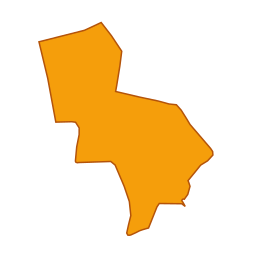 the district of Gala'a Al Nahal, Gedarif, Sudan, rotated 176°
{"feature_id": "16777658B80324044236150", "entity_name": "Gala'a Al Nahal", "entity_type": "district", "adm_level": 2, "iso_a3": "SDN", "parent_name": "Sudan", "parent_adm1": "Gedarif", "projection": "robinson", "projection_center": [35.033, 13.356], "detail": "fine", "context": "isolated", "style": "filled", "palette": "amber", "viewbox_px": 256, "rotation_deg": 176, "n_neighbors": 0, "source": "geoboundaries", "source_scale": "gbopen_adm2", "svg_char_len": 916}
<svg xmlns="http://www.w3.org/2000/svg" viewBox="0 0 256 256"><g transform="rotate(176 128 128)"><path d="M114.5,26.8L104.6,47.3L102.1,50.5L79.7,48.7L76.4,45.8L78.5,50.3L79.1,51.2L79.4,51.9L78.7,53.0L77.6,53.3L76.8,53.0L73.0,57.6L70.2,65.5L71.3,69.9L71.8,71.3L67.0,76.4L63.7,79.9L58.6,85.4L57.8,86.1L50.9,89.7L45.2,95.1L45.2,98.6L47.0,101.8L65.9,127.2L69.2,133.7L73.7,142.1L78.1,147.8L85.4,149.1L89.6,150.6L96.0,152.8L115.2,158.3L137.8,165.3L136.4,170.8L131.8,190.4L128.9,205.0L138.1,221.2L147.4,235.1L164.6,228.5L210.8,220.2L204.6,183.1L199.6,138.9L183.7,138.2L179.9,137.4L176.7,131.5L177.2,124.8L180.5,112.7L182.7,99.1L182.7,98.2L182.3,97.4L180.9,96.9L179.4,97.0L147.5,95.8L143.4,91.9L138.8,78.5L138.1,76.6L135.8,69.8L131.8,54.6L131.3,40.4L134.1,31.8L136.6,23.3L135.7,21.2L134.3,20.9L132.7,21.1L127.6,23.0L123.6,24.7L120.7,25.5L116.1,26.5L114.5,26.8Z" fill="#f59e0b" stroke="#b45309" stroke-width="1.5"/></g></svg>